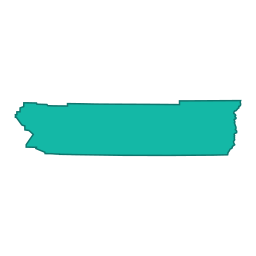 outline of Riverside, California, United States of America
{"feature_id": "52423323B62695195222235", "entity_name": "Riverside", "entity_type": "district", "adm_level": 2, "iso_a3": "USA", "parent_name": "United States of America", "parent_adm1": "California", "projection": "albers", "projection_center": [-115.203, 33.753], "detail": "fine", "context": "isolated", "style": "filled", "palette": "teal", "viewbox_px": 256, "rotation_deg": 0, "n_neighbors": 0, "source": "geoboundaries", "source_scale": "gbopen_adm2", "svg_char_len": 2532}
<svg xmlns="http://www.w3.org/2000/svg" viewBox="0 0 256 256"><path d="M240.6,100.6L185.6,100.9L179.5,100.9L179.5,104.6L153.3,104.4L133.1,104.3L111.1,104.2L96.4,104.1L82.0,103.8L67.5,103.6L67.5,106.0L55.3,105.9L54.1,105.9L47.8,105.7L46.9,104.5L43.8,104.4L36.9,104.2L36.5,103.0L26.2,102.8L23.8,102.8L23.8,104.0L23.7,106.6L20.1,107.9L20.0,111.8L16.9,111.8L16.8,114.7L15.4,114.7L15.5,116.2L15.4,116.3L15.4,117.3L16.3,117.3L21.8,124.9L22.6,125.3L24.4,125.8L24.8,125.9L24.9,129.9L29.0,130.5L33.3,134.4L30.0,139.1L26.2,144.7L26.2,147.1L36.4,147.3L35.9,148.5L39.2,149.9L43.6,151.7L44.2,152.0L44.8,152.2L45.1,153.6L51.8,153.7L55.5,154.0L59.5,154.1L59.5,154.3L71.5,154.5L71.9,154.6L74.2,154.6L123.7,155.3L125.7,155.3L168.8,155.4L213.3,155.1L227.6,154.8L227.9,153.6L227.8,153.0L227.9,152.9L228.6,151.7L228.9,151.3L229.3,150.8L229.5,150.5L229.6,150.0L230.0,149.3L230.3,149.0L230.8,148.7L231.3,148.6L231.6,148.4L232.2,147.8L232.2,147.7L232.2,147.2L232.3,146.6L233.5,145.6L234.7,144.8L234.7,144.7L234.5,144.4L233.9,143.4L233.6,142.4L233.5,141.5L234.3,140.2L234.5,140.1L234.6,139.9L234.6,139.6L234.6,139.4L234.4,139.2L234.3,138.9L234.3,138.5L234.4,138.3L234.5,138.0L234.5,137.7L234.4,137.3L234.3,137.1L234.3,136.8L234.2,136.6L234.4,136.4L234.5,136.1L234.6,135.9L234.6,135.6L234.5,135.4L234.4,135.3L234.3,135.1L234.2,134.8L234.1,134.5L234.2,134.2L234.4,133.9L234.7,133.6L235.0,133.4L235.5,133.1L236.0,133.0L236.6,132.7L236.7,131.7L236.7,131.2L236.5,130.8L236.2,130.6L236.1,130.4L236.0,130.1L235.8,129.9L235.6,129.7L235.4,129.6L235.7,128.9L235.9,128.5L236.0,128.1L236.0,127.7L235.9,127.4L235.8,126.7L235.1,125.0L234.9,124.1L234.3,122.8L234.4,122.7L234.7,122.5L234.8,122.2L234.9,121.9L234.8,121.7L234.6,121.1L234.5,120.8L234.2,120.0L234.2,119.7L234.2,119.4L234.4,119.2L234.5,119.2L235.1,119.2L235.8,118.7L236.0,118.5L236.0,118.3L236.0,117.8L235.9,117.6L235.3,117.1L235.1,116.8L235.0,116.7L234.9,116.5L234.9,116.4L234.9,116.2L235.0,116.1L235.3,115.8L235.4,115.7L235.6,115.6L235.7,115.3L235.6,115.2L235.4,114.7L234.9,114.2L234.4,113.8L234.2,113.7L233.8,113.5L233.8,113.3L233.7,112.8L234.2,111.7L234.6,111.0L235.1,110.8L235.4,110.9L235.5,110.9L236.2,110.5L236.5,110.1L237.2,109.3L237.3,109.1L237.4,108.9L237.8,108.6L238.2,108.3L238.4,107.9L238.5,107.8L238.8,107.8L238.8,107.7L238.9,107.3L238.7,106.9L238.7,106.7L238.8,106.4L239.0,106.4L239.3,106.3L239.6,106.2L240.0,105.9L240.3,105.6L240.4,105.4L240.6,104.9L240.6,104.1L240.6,103.7L240.4,103.0L240.3,102.7L240.3,102.4L240.4,101.2L240.6,100.6Z" fill="#14b8a6" stroke="#0f766e" stroke-width="1.5"/></svg>